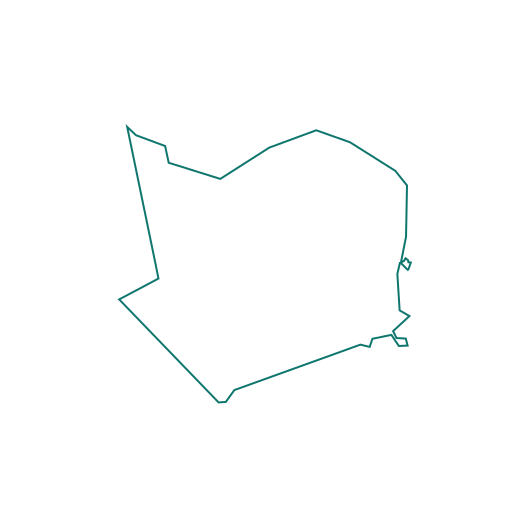 Lincoln, Kentucky, United States of America (Natural Earth projection), rotated 120°
{"feature_id": "52423323B85940077670838", "entity_name": "Lincoln", "entity_type": "district", "adm_level": 2, "iso_a3": "USA", "parent_name": "United States of America", "parent_adm1": "Kentucky", "projection": "natural_earth1", "projection_center": [-84.689, 37.439], "detail": "fine", "context": "isolated", "style": "outline", "palette": "teal", "viewbox_px": 512, "rotation_deg": 120, "n_neighbors": 0, "source": "geoboundaries", "source_scale": "gbopen_adm2", "svg_char_len": 651}
<svg xmlns="http://www.w3.org/2000/svg" viewBox="0 0 512 512"><g transform="rotate(120 256 256)"><path d="M362.0,352.8L401.5,215.2L397.5,209.2L382.9,207.7L280.6,121.3L277.9,112.1L269.5,113.8L256.6,99.3L262.5,87.3L257.8,79.9L252.6,85.0L256.8,93.3L252.5,99.7L231.3,93.1L231.3,104.4L200.9,124.6L190.1,127.9L189.6,127.1L191.5,120.3L192.1,117.6L190.8,117.4L184.2,118.7L185.2,120.9L183.6,122.2L183.2,125.4L186.0,125.3L189.2,127.2L164.3,135.7L119.4,160.5L112.6,177.9L110.5,231.4L117.0,266.7L155.5,298.7L207.1,325.5L218.9,378.2L206.2,389.7L211.4,420.3L208.6,432.1L311.8,340.2L324.3,329.2L362.0,352.8Z" fill="none" stroke="#0f766e" stroke-width="2"/></g></svg>